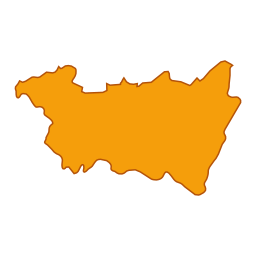 outline of Vosges
{"feature_id": "FRA-5355", "entity_name": "Vosges", "entity_type": "Metropolitan department", "adm_level": 1, "iso_a3": "FRA", "parent_name": "France", "parent_adm1": "", "projection": "albers", "projection_center": [6.233, 48.171], "detail": "fine", "context": "isolated", "style": "filled", "palette": "amber", "viewbox_px": 256, "rotation_deg": 0, "n_neighbors": 0, "source": "natural_earth", "source_scale": "10m", "svg_char_len": 2906}
<svg xmlns="http://www.w3.org/2000/svg" viewBox="0 0 256 256"><path d="M199.9,81.0L203.4,78.6L210.0,70.9L220.8,62.0L225.0,61.0L231.4,64.5L232.6,65.4L231.7,66.1L230.7,67.0L230.0,68.5L230.0,75.4L229.1,84.0L229.0,86.9L228.7,88.6L227.7,91.7L227.3,93.4L227.8,94.7L228.1,95.4L228.8,96.0L230.2,96.7L231.2,97.1L232.4,97.3L236.4,97.0L238.0,97.4L239.9,99.1L240.6,100.4L240.6,102.6L225.1,129.1L224.1,131.4L224.0,132.7L224.3,133.9L225.0,135.2L225.6,136.6L225.6,138.8L224.9,140.5L222.2,144.3L218.4,154.0L215.9,158.5L214.3,160.4L209.8,166.7L208.8,168.7L208.3,170.3L208.2,172.9L208.0,174.5L207.6,176.2L206.7,179.0L204.5,182.8L204.3,184.1L204.5,185.5L205.2,186.9L205.6,188.5L205.5,190.3L204.6,191.6L203.4,192.7L200.0,194.6L198.5,195.0L195.0,194.6L194.3,194.0L184.8,186.8L182.1,184.2L180.5,183.2L176.5,181.7L175.0,180.6L173.8,179.3L171.2,175.8L168.9,173.1L167.3,172.1L165.9,172.0L165.0,172.7L164.3,173.7L163.1,176.1L162.3,177.3L161.2,178.3L159.8,179.1L158.2,179.6L156.3,179.9L153.8,179.7L152.3,179.4L151.3,179.0L140.3,171.9L135.3,169.8L128.9,170.3L126.6,171.1L125.1,172.4L123.8,173.3L122.0,173.9L118.9,173.8L116.9,172.9L115.0,171.5L112.8,170.8L111.5,169.9L111.0,168.9L111.2,166.6L111.1,165.4L110.4,163.9L109.1,162.4L106.6,160.6L100.5,159.3L98.5,159.5L96.9,160.1L96.0,160.9L94.6,162.6L92.3,166.1L91.2,167.1L88.1,169.2L86.6,170.8L85.6,171.6L84.2,172.1L83.5,171.4L83.4,170.4L83.9,167.9L83.8,166.7L83.7,165.6L83.1,164.8L82.2,164.7L81.4,165.4L80.7,166.3L78.5,170.7L78.0,171.5L76.6,172.8L74.1,173.6L68.8,167.0L66.1,167.2L65.2,168.3L64.1,168.9L63.0,168.7L62.3,167.6L62.0,165.8L62.0,164.3L62.4,160.6L62.3,159.2L61.8,157.8L61.0,156.5L59.6,155.2L58.2,154.4L56.9,153.9L55.6,153.1L54.0,151.9L51.9,149.4L47.6,145.0L45.3,143.4L44.7,142.6L44.8,141.6L45.4,140.5L46.0,139.2L46.1,137.5L48.6,132.7L48.9,131.7L49.0,130.7L49.1,128.9L49.3,127.7L49.8,126.5L50.6,125.4L52.7,123.6L52.6,122.2L51.8,120.6L49.4,118.3L45.3,115.4L44.5,114.6L44.2,113.7L44.1,113.3L44.3,111.3L44.3,110.3L44.1,109.6L43.8,108.9L43.3,108.3L42.4,107.4L40.8,106.8L39.4,106.7L36.8,107.1L35.6,106.8L34.1,105.1L32.3,102.5L29.3,97.2L27.6,95.2L26.2,94.0L23.5,93.6L22.3,93.7L21.2,94.3L20.6,95.1L20.0,96.2L19.3,97.1L18.3,97.8L17.3,97.6L16.5,96.4L16.2,94.5L16.1,90.9L15.6,89.6L15.4,88.3L15.6,86.8L18.1,83.7L19.6,80.9L22.6,82.3L25.7,81.2L32.0,77.2L33.8,77.0L37.7,77.5L39.7,77.1L46.5,72.2L52.6,72.9L55.0,72.2L57.0,70.1L58.7,66.6L60.5,68.5L61.9,68.3L65.3,66.0L68.3,65.6L71.4,66.1L75.1,68.3L75.6,68.9L75.9,69.7L76.0,71.0L75.9,73.6L75.2,75.8L74.1,77.8L72.9,79.5L72.1,81.1L72.3,82.3L73.2,83.1L82.5,87.4L81.7,91.6L85.2,93.1L102.9,92.4L106.9,90.5L106.7,83.6L110.0,85.2L120.5,84.4L120.5,83.2L121.5,82.2L122.9,79.4L123.9,77.9L126.5,81.9L129.8,83.9L133.6,84.3L137.3,83.6L137.0,86.5L138.9,86.2L142.7,83.0L151.3,82.3L164.4,71.8L168.1,71.5L169.2,73.5L169.4,76.1L169.8,78.7L171.7,80.5L180.9,81.8L189.8,85.5L191.2,84.6L197.0,78.0L199.9,81.0Z" fill="#f59e0b" stroke="#b45309" stroke-width="1.5"/></svg>